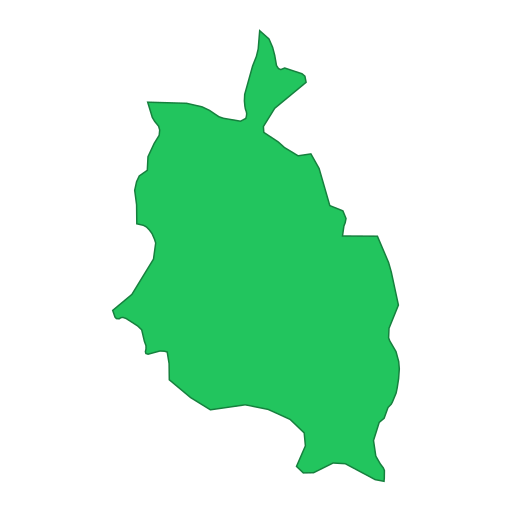 the border of Chhukha
{"feature_id": "BTN-2433", "entity_name": "Chhukha", "entity_type": "District", "adm_level": 1, "iso_a3": "BTN", "parent_name": "Bhutan", "parent_adm1": "", "projection": "equal_earth", "projection_center": [89.524, 27.004], "detail": "fine", "context": "isolated", "style": "filled", "palette": "green", "viewbox_px": 512, "rotation_deg": 0, "n_neighbors": 0, "source": "natural_earth", "source_scale": "10m", "svg_char_len": 1617}
<svg xmlns="http://www.w3.org/2000/svg" viewBox="0 0 512 512"><path d="M384.0,481.3L375.1,479.6L345.3,463.7L333.1,463.0L313.6,472.7L303.3,472.9L296.5,466.4L305.4,445.9L304.2,432.9L290.1,419.4L268.1,409.4L245.2,404.8L210.4,409.8L190.6,397.6L169.3,379.8L169.3,379.6L169.1,363.6L167.2,352.0L164.3,351.2L159.9,351.0L148.1,354.2L145.9,353.5L145.4,351.7L146.0,349.0L146.0,345.7L144.4,341.3L141.7,329.8L137.6,325.9L126.1,318.5L122.9,317.4L120.8,317.7L119.2,318.8L116.4,318.6L115.0,317.1L112.7,310.4L131.9,294.4L153.5,259.1L155.7,243.0L154.5,239.2L152.1,233.7L149.4,230.0L146.5,227.0L143.4,225.3L136.8,223.8L136.6,204.8L134.7,190.3L136.6,181.6L139.3,175.9L147.3,170.3L148.0,156.7L154.2,143.4L159.2,135.3L159.7,130.0L158.6,126.2L154.7,121.4L152.3,117.4L147.7,102.2L186.6,103.3L202.2,106.9L209.5,110.4L218.8,116.7L223.5,118.3L240.5,121.2L245.8,118.4L246.4,116.3L246.7,113.7L246.3,111.6L245.4,109.0L244.9,106.2L244.4,100.9L244.7,94.4L252.6,66.0L256.4,56.4L258.2,49.0L259.7,30.7L269.0,39.0L272.6,47.3L274.7,55.3L276.5,65.6L278.5,68.6L280.8,69.6L284.7,68.0L302.1,73.8L304.9,76.2L306.1,82.3L274.7,108.3L263.4,126.5L263.8,132.4L278.3,142.0L284.4,147.5L298.1,155.8L310.9,153.9L319.1,168.5L329.8,205.6L342.9,210.9L346.0,218.5L345.2,222.7L343.9,226.0L342.5,236.0L377.4,236.2L388.6,262.6L391.3,272.1L398.4,305.1L389.0,328.3L388.6,337.8L389.7,340.8L396.0,351.6L398.7,361.6L399.3,368.9L398.6,378.7L397.2,387.8L396.1,393.1L392.4,402.0L391.2,404.2L388.0,407.5L384.1,418.3L379.2,422.4L373.5,440.5L375.8,456.1L380.1,463.6L383.3,467.9L384.4,470.5L384.3,478.3L384.0,481.1L384.0,481.3Z" fill="#22c55e" stroke="#15803d" stroke-width="1.5"/></svg>